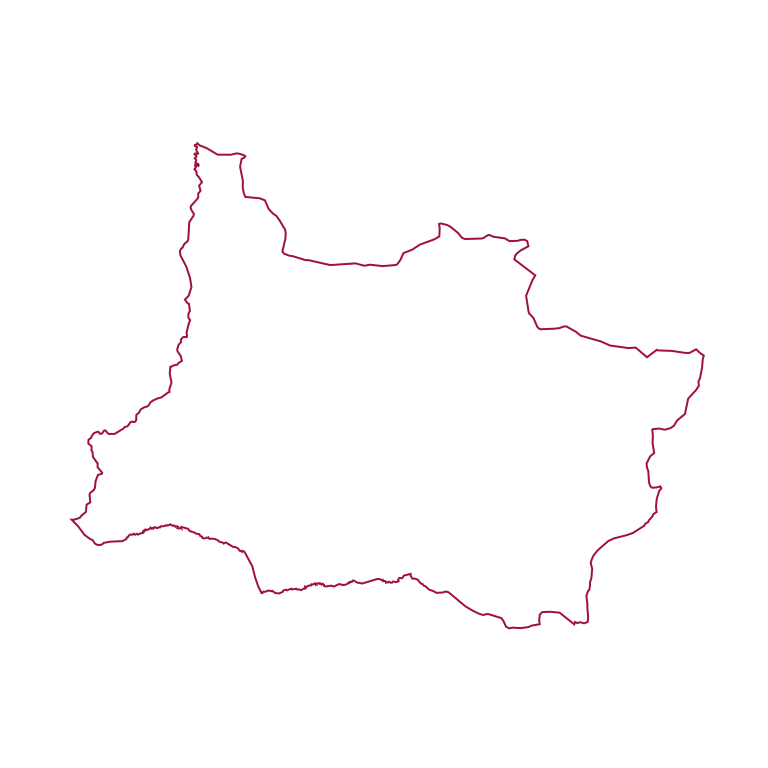 the district of Mpwapwa, Dodoma, United Republic of Tanzania, rotated 86°
{"feature_id": "72390352B74757309381442", "entity_name": "Mpwapwa", "entity_type": "district", "adm_level": 2, "iso_a3": "TZA", "parent_name": "United Republic of Tanzania", "parent_adm1": "Dodoma", "projection": "albers", "projection_center": [36.387, -6.763], "detail": "fine", "context": "isolated", "style": "outline", "palette": "rose", "viewbox_px": 768, "rotation_deg": 86, "n_neighbors": 0, "source": "geoboundaries", "source_scale": "gbopen_adm2", "svg_char_len": 6149}
<svg xmlns="http://www.w3.org/2000/svg" viewBox="0 0 768 768"><g transform="rotate(86 384 384)"><path d="M147.1,506.5L145.9,508.0L144.0,512.9L143.7,515.6L144.6,520.7L143.6,534.0L136.5,544.2L133.1,551.2L130.9,553.4L131.8,553.8L132.4,556.0L133.3,556.2L134.6,553.9L137.2,555.1L141.1,553.4L141.4,554.1L140.8,556.1L141.5,557.0L143.4,555.3L144.2,555.3L145.6,557.0L147.4,555.7L150.0,556.7L151.8,553.8L152.8,553.6L153.6,554.1L152.1,556.9L152.8,557.3L154.6,556.5L156.5,558.1L158.4,556.5L162.4,556.1L165.4,553.8L170.0,551.5L173.2,554.6L178.4,553.5L181.0,556.0L185.4,556.4L193.0,564.2L194.7,564.6L196.5,564.2L201.1,561.8L202.8,562.2L209.0,567.0L225.7,569.1L227.7,569.9L230.7,573.7L234.1,575.6L234.5,576.7L237.1,578.3L241.5,578.1L252.9,573.1L264.7,570.1L273.8,569.3L282.2,572.6L285.9,576.7L289.8,574.3L290.4,573.0L297.3,572.5L300.7,574.3L304.4,574.5L306.7,572.9L310.0,574.5L318.7,577.3L322.7,577.1L323.5,577.7L323.1,580.3L323.5,581.6L325.7,583.6L328.0,583.5L330.5,586.2L335.1,587.9L337.0,587.7L341.9,584.8L346.9,584.0L348.5,587.2L350.3,589.0L350.9,593.2L352.1,595.1L351.9,595.9L359.0,597.0L367.7,595.9L374.3,598.5L377.1,598.6L377.4,600.0L382.0,607.3L382.7,611.3L384.3,615.4L385.8,618.1L388.7,620.1L389.9,621.9L390.5,624.7L392.4,628.5L395.5,630.4L397.5,633.2L402.6,633.7L404.2,634.7L404.5,636.0L403.9,638.4L404.4,639.5L408.3,642.8L408.8,645.6L410.2,646.9L415.0,656.2L414.7,661.8L414.0,662.9L410.9,665.1L410.9,666.4L413.7,668.7L414.0,669.6L413.6,671.2L412.4,671.6L411.6,672.7L412.1,674.6L412.8,676.8L415.3,679.1L417.2,679.9L419.1,682.7L422.9,683.1L425.3,680.3L426.9,680.0L429.4,680.5L431.7,679.5L436.5,679.4L443.4,675.2L447.1,675.5L452.8,671.3L453.9,671.8L454.7,675.7L460.8,678.5L467.4,679.6L469.7,681.0L472.0,684.5L473.4,685.4L481.6,685.3L483.6,689.1L490.9,690.3L494.1,694.9L496.3,696.9L497.8,702.8L497.6,705.0L505.3,698.6L513.5,693.4L518.1,688.0L519.5,685.4L523.0,683.5L524.5,681.2L524.8,678.2L524.3,676.4L522.9,674.6L522.2,667.9L522.5,656.0L520.7,651.8L519.2,651.4L519.1,650.4L517.2,648.9L516.4,647.5L516.8,645.2L515.9,644.1L517.0,642.6L516.2,641.0L517.1,639.9L516.1,637.5L515.8,634.7L515.2,634.1L514.4,634.7L513.7,634.3L513.8,633.5L513.1,633.2L513.4,632.0L512.5,631.9L513.0,629.9L511.9,627.6L511.0,627.0L512.1,626.1L511.7,625.5L512.2,624.6L511.3,624.3L511.4,623.1L510.8,622.4L512.0,620.3L511.1,618.0L511.4,617.3L510.3,616.3L510.6,614.0L509.8,611.9L510.3,610.8L509.7,610.1L509.9,608.8L509.1,607.0L510.8,604.5L510.4,603.2L511.9,602.1L511.4,600.3L512.0,599.5L513.4,600.1L513.9,598.5L513.2,597.0L513.7,596.5L512.9,596.7L512.4,596.1L514.8,589.6L517.1,588.1L519.2,583.0L520.2,581.9L520.9,578.6L522.6,578.1L523.6,576.1L524.7,576.1L525.4,574.9L525.6,573.8L524.8,571.7L525.4,570.1L524.9,569.8L526.3,568.8L526.4,565.3L527.0,563.2L528.6,560.3L529.9,559.2L531.0,555.9L532.0,555.1L531.1,553.2L531.3,552.5L536.1,545.7L536.1,544.2L537.6,541.3L540.3,539.5L540.9,538.1L540.5,537.5L541.4,537.1L540.8,536.6L541.3,535.3L542.4,534.5L556.7,528.1L567.6,526.1L577.1,523.6L584.1,520.7L584.0,519.8L582.7,518.8L583.0,516.8L581.9,514.0L582.9,510.4L582.6,509.7L585.0,507.1L585.6,503.1L584.3,499.6L583.1,498.9L582.5,497.4L582.4,496.3L583.1,495.2L581.7,490.9L582.5,490.3L582.1,485.6L583.0,484.8L583.0,482.9L583.9,481.2L582.4,478.1L582.7,477.3L581.6,477.1L581.7,476.2L580.6,476.5L581.0,475.3L580.0,473.8L579.8,470.7L578.8,470.3L579.2,469.6L578.2,467.2L579.5,466.2L578.4,465.6L579.0,465.0L578.4,464.9L578.2,462.6L578.9,462.1L578.5,461.2L579.8,460.3L579.0,459.0L580.2,457.8L581.3,457.9L581.9,456.1L581.5,450.9L582.5,448.0L580.5,443.0L581.0,440.5L581.7,439.6L581.6,436.8L581.0,434.8L579.9,433.5L580.2,432.5L579.1,432.1L579.2,429.9L577.9,429.0L578.0,427.9L580.2,424.6L581.5,419.5L578.0,404.1L578.6,401.2L580.0,399.3L579.6,398.8L580.6,398.6L580.5,396.9L581.2,396.0L582.3,395.9L581.9,394.9L582.3,393.8L581.6,392.7L582.7,391.2L582.7,389.6L581.6,388.7L582.5,386.0L581.8,383.2L580.3,383.6L578.6,382.3L579.0,379.4L576.5,377.5L575.3,370.7L577.1,370.8L580.2,369.2L580.3,366.7L581.5,364.1L585.4,361.4L586.4,359.4L588.3,358.0L588.7,356.6L592.1,353.6L594.3,348.8L596.0,346.3L596.1,340.0L595.3,336.9L596.2,334.2L611.5,318.3L616.2,311.5L619.7,305.4L621.4,301.1L620.7,297.9L620.9,295.7L625.7,283.3L628.7,281.4L634.6,279.2L636.5,276.2L636.0,272.6L637.1,264.8L636.5,256.6L635.3,253.4L634.5,245.5L630.0,245.6L625.0,244.7L622.6,242.1L622.8,234.2L624.4,224.7L637.0,211.0L634.7,210.1L636.0,207.7L635.3,205.0L636.7,201.1L635.6,197.4L630.7,196.6L620.6,196.8L618.9,196.4L609.5,196.9L604.6,194.8L603.7,193.6L599.8,192.6L596.3,192.4L592.4,190.7L582.9,189.2L576.8,190.3L572.2,188.4L569.4,186.7L564.8,182.4L556.2,171.1L554.0,165.1L551.8,152.8L550.0,146.1L543.6,134.4L541.5,133.0L540.3,130.2L538.6,129.4L534.8,125.5L532.6,124.4L530.8,121.0L525.3,121.2L517.4,119.9L509.9,116.9L507.3,114.6L505.4,115.6L506.2,119.0L506.2,123.5L505.6,124.7L504.0,125.7L500.4,126.5L489.3,126.4L485.4,127.5L481.6,127.6L474.8,123.6L471.7,119.3L461.8,120.2L453.9,119.4L448.2,119.6L447.7,118.1L447.7,112.4L449.2,107.0L448.0,101.3L445.9,97.7L440.9,94.2L434.8,85.8L419.8,81.6L411.9,73.2L407.7,70.0L403.7,70.2L400.1,68.3L389.5,65.5L381.4,64.3L377.9,63.0L375.2,66.5L371.2,70.2L374.3,77.1L374.1,80.8L371.0,95.0L369.6,108.3L368.9,109.4L375.7,119.8L365.2,130.4L365.2,137.8L361.4,155.8L356.7,164.6L349.5,184.4L345.4,188.8L339.2,198.1L339.2,200.8L340.5,205.3L340.7,210.6L340.3,224.3L339.3,225.8L337.6,227.1L328.6,230.3L323.8,234.2L322.2,234.7L305.9,236.1L290.8,228.7L286.2,225.5L268.8,245.3L265.1,244.2L263.0,242.3L260.1,238.0L256.7,230.3L251.4,231.2L249.9,233.7L249.7,237.2L250.5,240.8L250.2,249.0L247.2,253.1L244.7,264.7L242.7,268.5L242.9,270.2L245.3,274.6L245.7,276.5L245.0,293.1L243.5,296.1L238.4,299.7L232.1,306.4L229.9,309.7L227.9,315.5L228.2,317.9L232.6,317.6L240.6,318.5L243.1,323.4L247.4,338.3L252.0,346.6L254.8,355.5L261.1,358.8L265.1,362.0L266.1,363.7L266.3,377.0L264.0,389.8L264.7,395.2L261.7,404.0L261.6,429.4L255.3,450.2L254.9,453.8L250.3,465.6L249.2,470.0L246.9,474.8L244.5,476.1L232.1,472.2L226.3,471.5L223.1,471.9L213.8,476.6L208.8,479.6L206.3,482.8L201.5,486.8L192.5,490.0L190.1,495.0L187.7,509.3L183.7,510.6L177.7,511.2L171.8,510.6L157.1,512.4L149.5,510.3L148.5,507.7L147.1,506.5Z" fill="none" stroke="#9f1239" stroke-width="2"/></g></svg>